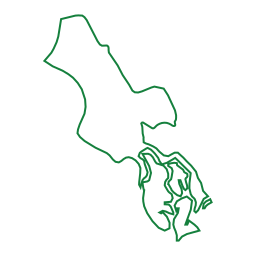 Hồ Chí Minh city, Natural Earth projection
{"feature_id": "VNM-501", "entity_name": "Hồ Chí Minh city", "entity_type": "City", "adm_level": 1, "iso_a3": "VNM", "parent_name": "Vietnam", "parent_adm1": "", "projection": "natural_earth1", "projection_center": [106.809, 10.754], "detail": "fine", "context": "isolated", "style": "outline", "palette": "green", "viewbox_px": 256, "rotation_deg": 0, "n_neighbors": 0, "source": "natural_earth", "source_scale": "10m", "svg_char_len": 3522}
<svg xmlns="http://www.w3.org/2000/svg" viewBox="0 0 256 256"><path d="M201.1,183.0L203.1,190.9L208.0,196.3L206.0,197.5L203.7,198.9L198.1,210.3L195.9,212.5L194.3,211.0L194.7,208.4L195.7,205.3L195.9,202.3L194.8,199.2L193.6,197.8L192.2,196.6L190.7,194.1L189.4,188.4L189.5,183.1L190.7,173.1L177.5,160.1L175.2,157.9L171.7,160.0L166.9,162.8L161.8,164.4L159.5,161.1L158.2,157.9L154.9,153.6L153.0,151.6L151.0,149.7L147.6,147.9L146.5,148.4L146.3,148.5L141.3,151.6L139.8,152.9L138.6,156.2L140.4,158.1L142.9,159.5L144.2,161.1L144.7,164.0L147.6,172.2L146.8,175.5L145.5,177.2L143.9,178.4L142.5,180.2L141.0,184.9L140.5,187.3L139.1,184.7L139.2,182.1L140.2,173.3L140.4,168.0L138.7,163.9L135.6,160.4L132.0,158.1L128.7,157.2L126.1,157.6L123.7,159.0L121.3,161.0L118.8,162.4L115.5,161.8L112.9,159.5L109.6,155.4L106.8,153.1L95.5,147.7L84.6,141.0L80.0,137.0L77.5,133.3L78.0,129.5L79.7,124.5L84.5,113.7L85.6,106.9L85.1,99.4L81.8,89.3L77.8,83.0L73.0,77.7L68.4,74.2L62.6,70.7L52.7,66.3L44.4,60.9L51.4,52.7L53.7,48.6L56.6,42.2L58.3,36.5L61.1,19.1L75.4,15.6L78.4,15.4L82.3,15.6L84.5,17.2L86.7,20.1L97.5,41.1L99.9,44.5L102.0,45.7L106.9,45.5L108.2,46.5L108.6,48.0L108.6,50.2L108.9,52.6L117.7,65.5L122.7,75.1L129.1,84.7L132.4,90.6L134.8,92.3L138.1,92.5L141.9,91.4L151.4,87.5L154.4,86.6L163.7,88.6L168.0,95.3L175.0,110.4L176.1,115.3L176.1,117.9L175.9,119.7L175.5,120.4L175.1,121.1L174.8,121.6L174.8,122.4L175.2,124.5L175.2,125.1L175.1,125.5L174.7,125.8L174.2,126.0L173.5,126.0L172.4,125.6L170.6,124.4L168.7,123.5L166.8,122.9L164.4,122.7L161.9,123.0L159.8,123.7L158.0,124.6L156.7,125.5L154.4,127.8L153.7,128.2L153.0,128.4L152.0,128.1L143.0,122.5L142.2,122.5L141.3,123.4L142.3,126.8L142.7,133.6L143.6,137.4L143.5,138.7L143.7,142.3L145.9,143.5L148.6,144.3L151.0,145.4L153.3,146.5L156.4,148.4L159.3,151.6L163.8,155.4L168.3,156.2L171.2,154.5L174.6,152.7L177.9,152.7L180.4,155.0L183.3,157.6L186.7,161.3L191.2,165.7L196.0,171.7L197.9,177.9L201.1,183.0ZM173.3,214.3L169.3,213.2L165.8,211.5L162.7,210.8L159.5,212.5L161.0,213.3L161.3,213.3L161.7,212.9L163.0,212.5L166.9,216.7L169.6,222.8L169.5,228.3L164.7,230.6L158.7,227.8L152.5,221.2L147.2,213.2L144.2,206.3L143.3,201.6L143.1,198.1L144.2,190.1L143.8,189.9L143.3,187.8L142.5,183.1L143.3,182.2L147.5,181.4L149.2,180.2L151.0,172.9L149.2,166.1L142.5,153.9L148.2,153.8L150.6,154.8L152.9,157.3L155.2,161.6L156.6,163.4L163.5,165.6L166.7,169.2L168.2,173.8L168.2,178.0L166.4,179.9L165.2,181.9L164.7,185.2L165.3,186.5L168.1,191.2L169.1,192.3L171.7,194.2L172.7,198.2L170.9,201.8L164.7,202.3L164.7,204.3L168.7,204.5L170.7,206.5L173.3,212.5L173.3,214.3ZM189.0,220.6L194.4,224.6L197.3,227.3L199.4,230.6L187.0,234.0L182.0,236.6L178.7,240.6L176.8,240.6L176.8,235.3L175.6,231.2L174.2,227.9L173.3,224.6L174.0,219.2L177.9,212.9L178.7,208.3L176.8,208.3L176.8,212.5L174.6,205.6L176.9,201.3L181.6,198.5L186.8,196.5L192.0,200.6L190.8,209.6L185.4,224.6L187.3,224.6L189.0,220.6ZM182.1,193.2L180.6,196.3L177.3,195.2L173.7,192.4L171.6,190.1L171.3,189.2L168.7,184.5L168.2,184.2L168.7,181.6L171.1,179.2L171.6,177.1L172.6,171.0L171.7,168.2L168.2,165.9L168.2,164.1L170.9,163.3L174.2,162.8L176.8,163.1L177.2,165.3L183.1,169.7L184.3,172.2L185.5,172.9L186.7,173.5L187.3,174.0L187.5,176.2L186.8,177.4L185.9,178.1L185.4,179.1L186.1,182.3L187.1,185.5L187.3,188.3L185.4,190.1L184.1,189.1L182.6,186.2L180.4,180.2L178.7,180.2L179.3,183.9L181.6,189.2L182.1,193.2ZM211.6,202.3L207.9,204.4L206.0,206.0L204.6,208.3L203.0,208.3L203.7,203.7L206.2,201.3L208.7,200.1L209.1,199.9L210.2,199.2L211.6,202.3Z" fill="none" stroke="#15803d" stroke-width="2"/></svg>